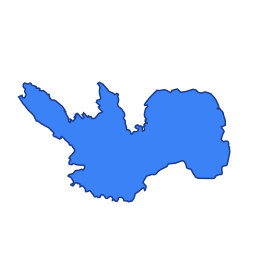 outline of Nghi Loc, Nghệ An, Vietnam, rotated 163°
{"feature_id": "81297802B50427055609681", "entity_name": "Nghi Loc", "entity_type": "district", "adm_level": 2, "iso_a3": "VNM", "parent_name": "Vietnam", "parent_adm1": "Nghệ An", "projection": "mercator", "projection_center": [105.64, 18.794], "detail": "fine", "context": "isolated", "style": "filled", "palette": "blue", "viewbox_px": 256, "rotation_deg": 163, "n_neighbors": 0, "source": "geoboundaries", "source_scale": "gbopen_adm2", "svg_char_len": 5898}
<svg xmlns="http://www.w3.org/2000/svg" viewBox="0 0 256 256"><g transform="rotate(163 128 128)"><path d="M197.9,100.6L198.1,100.1L198.7,100.2L199.2,99.9L199.3,99.4L199.1,99.1L197.3,97.8L197.1,97.3L196.2,94.7L195.9,93.2L196.0,92.4L196.1,91.9L196.5,91.2L198.5,90.7L199.1,90.8L199.2,90.2L198.8,90.1L198.3,89.1L197.9,88.8L197.3,88.8L194.5,90.9L193.2,90.6L192.7,90.2L192.5,89.5L191.2,89.3L190.4,88.2L190.4,87.7L190.7,86.5L191.0,86.1L191.1,85.8L190.2,85.7L189.4,86.2L189.0,86.1L188.6,85.9L187.5,84.5L186.7,82.3L187.1,79.9L186.9,79.4L186.0,79.2L183.7,79.3L183.1,79.2L182.7,78.9L182.2,78.1L180.8,74.4L180.2,72.2L179.4,71.7L178.2,71.7L176.6,70.3L176.1,70.0L175.6,69.9L174.5,70.3L173.5,72.0L173.3,72.1L172.8,71.9L171.8,71.5L171.0,70.7L170.1,69.1L170.1,68.0L169.7,67.4L169.1,67.0L168.0,66.8L167.5,66.9L167.0,67.5L166.7,67.6L165.7,67.5L165.2,67.9L164.5,67.7L163.6,66.5L162.9,64.9L163.2,64.1L164.1,63.7L164.1,63.3L163.0,63.6L162.4,63.6L161.7,62.2L160.8,61.3L160.2,61.2L159.5,61.3L159.1,61.9L158.3,62.4L157.7,64.0L156.3,64.1L154.3,63.4L153.1,62.1L153.2,59.7L151.3,58.8L150.1,58.6L149.2,57.4L148.0,57.2L146.4,57.2L145.6,56.9L143.4,58.7L141.7,60.7L140.4,63.0L136.0,64.3L131.2,66.6L130.9,66.5L130.5,66.1L130.4,65.4L130.3,63.4L129.8,63.5L128.2,65.9L127.9,66.6L127.8,67.5L129.5,71.2L129.4,71.7L128.7,72.6L124.8,76.1L124.1,76.5L122.6,76.6L119.7,76.6L118.5,76.6L116.9,75.8L115.8,75.7L114.2,76.0L112.8,77.3L109.1,78.7L102.5,79.7L101.6,80.2L100.2,81.7L98.5,81.6L93.1,80.5L86.0,80.9L84.5,80.1L83.9,79.4L83.3,76.2L83.5,73.0L83.1,72.2L82.6,71.7L79.8,70.2L79.1,66.1L77.6,61.1L75.6,59.4L63.2,55.4L61.7,55.0L60.0,54.8L59.5,55.0L58.4,56.1L57.1,56.6L54.3,56.8L51.9,56.2L51.1,57.4L50.4,61.1L49.3,63.6L47.6,63.7L45.0,63.4L44.5,63.5L43.7,64.3L37.9,74.8L37.4,76.4L37.0,79.0L36.7,79.6L36.7,80.1L37.1,81.1L37.1,81.7L36.2,83.9L36.2,85.2L36.6,86.0L37.3,86.6L39.0,87.0L40.7,86.9L42.0,88.9L42.1,89.4L41.7,90.6L41.0,91.9L40.0,93.4L37.2,96.5L37.1,97.1L37.8,99.0L38.4,101.8L34.2,102.2L32.9,106.1L32.8,108.5L32.9,112.6L32.6,114.5L32.9,116.0L33.9,117.8L34.5,119.5L34.6,120.2L35.4,119.6L36.2,120.1L36.7,120.0L36.9,120.2L35.0,122.3L34.8,123.1L35.4,126.4L35.5,128.1L36.7,132.2L38.2,134.9L38.8,136.4L40.8,138.1L42.9,139.5L44.5,140.1L46.1,139.8L47.4,140.0L49.2,140.7L50.7,141.8L51.8,144.3L53.2,145.3L54.1,145.8L54.8,146.0L61.0,145.9L64.9,146.3L66.7,146.6L67.4,147.2L69.3,150.8L69.8,150.9L74.9,151.1L76.7,149.4L77.0,149.5L81.0,153.4L82.2,154.0L87.0,154.6L89.4,155.6L97.6,151.2L104.0,146.8L105.4,145.5L105.4,144.7L103.0,144.2L102.8,144.0L102.9,143.0L103.3,142.5L104.9,141.8L105.6,141.2L108.0,137.0L108.6,135.4L108.7,134.1L108.5,133.1L107.7,131.5L107.7,130.9L108.1,130.5L108.5,130.7L109.1,130.6L109.6,129.6L109.4,128.6L108.3,127.9L108.2,127.4L108.4,126.9L109.3,127.4L110.3,127.3L111.6,126.7L111.7,126.2L111.1,125.4L111.5,125.0L112.0,125.2L112.8,124.7L112.4,122.5L112.8,121.3L113.7,120.8L114.8,120.7L115.0,120.8L115.1,121.5L114.3,124.2L114.4,125.4L115.3,126.4L115.8,126.0L116.3,126.0L116.7,126.1L117.4,127.9L118.5,128.2L119.6,128.0L120.2,127.7L120.9,126.8L120.8,126.0L118.6,124.0L118.6,123.2L119.3,122.4L120.3,122.0L121.7,122.2L123.1,122.8L123.7,122.7L124.3,122.4L125.3,121.3L126.7,121.2L127.1,121.7L126.7,122.9L126.8,123.4L127.2,125.3L128.1,126.2L129.3,126.5L129.9,126.5L129.3,128.6L129.3,133.2L128.6,135.6L128.6,136.1L129.5,138.3L129.0,139.3L127.5,140.7L127.2,142.5L127.2,143.4L127.4,144.3L128.3,146.7L128.6,148.2L130.8,151.1L131.1,152.2L130.9,154.0L128.7,157.6L128.5,158.9L128.8,160.7L128.5,161.4L127.4,162.7L128.0,164.0L128.5,164.3L131.0,163.8L131.3,164.8L131.9,165.5L133.2,166.7L134.2,167.3L135.4,168.5L136.7,171.8L139.3,177.4L141.2,179.1L141.9,180.0L143.1,179.7L144.1,179.2L143.0,177.0L143.0,175.5L143.0,174.8L144.4,172.2L145.3,168.5L145.2,165.3L145.5,164.5L146.6,163.3L149.6,163.6L149.8,162.4L150.8,161.9L148.2,157.3L150.2,156.7L149.8,154.9L147.7,150.9L148.4,150.5L151.1,150.6L156.5,147.2L158.1,147.2L159.8,147.6L160.0,149.7L161.2,149.9L162.1,151.2L162.5,151.0L162.7,150.1L163.0,150.0L163.3,150.0L166.0,155.5L167.0,154.5L168.0,154.1L167.1,151.1L168.9,150.2L171.8,156.3L172.4,156.9L172.8,156.7L173.1,155.9L174.1,156.5L174.4,156.5L174.3,155.6L174.9,153.7L175.2,153.8L175.7,154.6L176.4,154.1L175.7,152.5L178.6,150.5L180.5,153.4L180.8,153.4L180.7,152.1L181.1,150.7L181.4,150.3L181.7,150.3L182.1,150.5L182.7,151.6L182.2,154.7L182.2,155.4L182.6,157.3L183.1,158.3L182.9,159.6L183.4,161.5L182.9,161.8L182.8,162.0L183.9,162.9L183.7,163.5L183.1,163.8L183.6,164.8L183.8,166.0L184.6,168.0L189.4,175.4L190.7,176.5L192.2,176.6L193.5,177.7L193.5,179.0L194.2,179.3L193.6,182.8L194.4,183.6L194.7,183.3L195.3,183.5L196.1,186.1L196.9,186.8L197.8,188.4L198.5,188.7L199.8,188.7L200.3,189.2L201.6,189.7L201.7,190.1L200.8,191.0L200.9,191.6L201.7,192.2L204.1,192.9L204.2,193.2L203.8,193.7L203.7,194.2L204.7,195.2L207.5,197.2L207.7,197.6L207.6,198.7L207.8,199.1L208.3,199.5L208.7,199.6L210.5,199.3L211.0,199.4L211.5,199.6L212.7,200.7L213.9,201.2L214.5,201.0L215.3,200.4L216.1,198.4L216.0,197.2L214.6,195.6L216.0,193.5L216.1,192.9L216.1,192.1L215.6,190.0L215.9,189.1L218.2,187.1L218.7,187.5L219.5,187.5L220.1,188.4L219.8,190.2L223.4,189.8L221.3,182.0L220.2,179.7L218.2,174.4L215.1,168.9L214.5,167.4L213.6,161.5L212.3,161.0L209.2,156.9L208.3,156.2L207.5,155.1L203.8,151.6L200.4,145.1L200.5,144.4L201.6,143.5L201.5,142.2L201.1,141.5L199.5,140.4L196.7,137.5L195.6,137.5L195.0,137.7L194.8,138.7L194.5,139.0L193.9,139.2L192.1,136.7L191.5,134.8L189.1,131.4L188.9,129.2L188.5,128.4L187.5,128.3L186.9,127.9L186.7,127.5L186.4,125.6L185.7,124.0L185.5,123.1L185.9,121.3L187.2,120.1L188.4,119.8L189.5,118.8L191.7,117.8L193.2,116.4L192.9,115.7L192.3,115.3L192.1,114.8L192.4,114.3L194.1,113.0L194.4,112.5L194.8,110.5L192.4,109.3L191.5,109.9L190.5,109.8L189.3,109.2L187.9,107.8L183.1,106.0L181.3,105.5L180.7,104.1L181.0,102.7L183.0,100.9L183.7,101.7L184.6,102.1L187.8,101.9L189.9,102.6L191.1,102.4L193.8,100.5L197.9,100.6Z" fill="#3b82f6" stroke="#1e3a8a" stroke-width="1.5"/></g></svg>